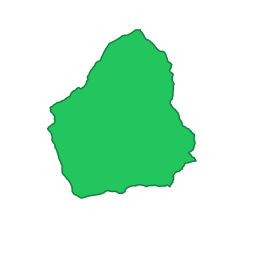 outline of Negreni, Cluj, Romania, rotated 218°
{"feature_id": "2599482B47059022989916", "entity_name": "Negreni", "entity_type": "district", "adm_level": 2, "iso_a3": "ROU", "parent_name": "Romania", "parent_adm1": "Cluj", "projection": "mercator", "projection_center": [22.749, 46.959], "detail": "fine", "context": "isolated", "style": "filled", "palette": "green", "viewbox_px": 256, "rotation_deg": 218, "n_neighbors": 0, "source": "geoboundaries", "source_scale": "gbopen_adm2", "svg_char_len": 5803}
<svg xmlns="http://www.w3.org/2000/svg" viewBox="0 0 256 256"><g transform="rotate(218 128 128)"><path d="M178.1,213.3L182.4,209.9L182.8,208.8L183.7,204.9L184.4,203.6L184.7,203.0L185.4,201.3L185.6,200.9L186.4,200.0L186.9,199.6L187.7,199.2L188.1,198.4L189.0,197.1L189.4,196.4L189.6,195.8L189.6,195.3L189.7,194.8L191.7,189.4L193.1,186.1L193.4,185.7L193.9,184.9L194.7,182.9L194.7,182.4L194.5,181.5L194.3,179.8L194.2,177.5L193.7,173.5L193.3,171.7L192.6,169.6L192.7,168.9L192.6,168.4L192.5,168.1L192.3,167.7L192.1,166.5L191.3,164.3L191.3,163.9L191.3,163.7L191.5,163.5L191.7,163.3L192.7,161.9L193.0,161.1L193.0,160.7L193.2,160.2L193.2,159.7L193.4,159.2L193.3,158.5L192.8,157.5L192.8,156.9L192.5,156.1L192.5,155.6L192.9,154.5L192.8,154.0L192.6,153.5L192.6,152.9L192.5,152.6L192.7,150.7L192.6,150.2L192.5,149.7L192.5,148.6L192.4,148.2L192.0,146.9L191.5,145.9L191.5,145.5L191.6,144.8L191.7,144.2L191.6,143.8L191.4,143.3L191.2,143.0L190.7,142.4L190.1,142.1L189.5,141.9L189.3,141.5L189.3,139.4L188.3,137.0L188.1,136.3L188.0,132.7L188.5,132.3L188.8,131.9L188.9,131.4L188.8,130.5L188.8,130.2L189.0,129.9L189.3,129.7L191.1,129.6L191.6,129.5L191.9,129.3L192.2,128.9L192.6,127.4L192.8,125.4L193.9,123.2L194.1,122.4L194.1,121.8L194.1,120.8L194.0,119.9L193.6,118.5L193.5,117.6L193.5,116.9L194.6,114.4L195.6,110.5L196.3,109.1L196.8,108.7L197.1,108.2L197.1,107.9L197.2,107.2L197.4,106.6L197.6,106.3L198.0,105.9L198.9,105.1L199.2,104.8L199.4,104.4L200.0,102.2L200.7,100.6L200.8,98.6L201.0,98.1L201.5,97.3L201.8,96.7L201.7,96.6L201.8,96.1L201.6,95.9L201.4,95.7L201.0,95.7L200.8,95.4L200.0,94.9L200.1,94.4L199.9,94.2L199.8,93.9L199.5,93.6L198.8,93.2L198.4,93.3L197.3,93.1L196.3,93.2L195.8,93.0L195.2,92.5L194.1,92.4L193.0,92.0L192.7,91.7L192.5,91.8L192.3,91.6L192.3,91.3L191.9,90.7L191.7,89.9L191.4,89.5L191.1,89.4L190.5,89.4L190.2,89.1L190.0,88.7L189.6,87.3L189.2,86.8L189.0,86.4L189.2,85.5L189.9,84.5L190.0,84.1L189.8,83.4L189.9,83.1L190.8,80.9L191.0,79.9L190.9,78.5L190.9,78.1L190.8,77.8L188.7,77.2L187.3,77.2L186.2,76.7L185.6,76.6L185.0,76.2L184.2,75.9L182.4,74.4L181.0,72.4L180.4,71.6L179.2,71.1L178.7,71.0L178.4,70.7L177.5,70.6L176.7,70.3L175.5,69.8L174.8,69.3L174.4,68.6L174.1,68.3L173.4,67.8L173.0,67.6L171.8,67.3L171.4,67.2L171.1,66.9L170.1,66.4L168.6,65.2L167.1,64.4L165.4,62.9L164.8,62.6L164.6,62.4L164.6,62.2L164.4,61.9L160.1,59.7L158.3,58.4L158.0,58.3L157.3,58.3L156.9,58.1L156.6,57.8L154.5,54.7L153.5,53.8L152.5,52.5L152.1,52.1L151.3,51.8L150.1,51.5L147.6,51.2L144.8,50.3L143.1,50.3L141.7,50.0L138.7,48.6L137.7,48.2L137.0,47.9L136.0,47.1L135.1,46.3L133.5,44.3L132.7,43.5L130.3,42.7L129.5,42.7L128.6,43.0L127.8,43.1L125.5,43.6L123.6,43.6L122.5,43.7L122.2,43.8L120.6,45.1L120.1,46.2L118.4,48.2L118.2,48.7L117.3,49.9L115.6,51.9L111.6,56.1L109.2,58.9L108.3,60.2L107.1,62.3L106.9,64.3L106.3,64.9L105.9,65.6L105.8,66.0L104.4,66.7L102.1,67.7L100.6,68.8L100.2,69.3L99.6,70.0L99.1,70.4L98.8,70.2L98.0,70.6L97.3,70.9L95.3,70.8L93.9,71.7L92.4,73.0L92.0,73.4L91.7,74.4L91.4,75.7L91.4,76.1L91.6,76.9L91.9,77.6L92.0,78.4L91.9,79.6L91.4,81.1L91.1,81.6L90.4,83.2L90.1,83.6L89.6,84.5L89.3,84.8L87.1,86.7L86.8,87.2L86.4,87.1L86.0,87.5L85.8,88.0L85.7,88.6L85.4,89.0L84.9,89.3L84.0,90.4L83.1,91.0L81.9,91.5L79.4,92.8L79.0,92.9L78.3,92.7L77.7,92.9L76.4,95.0L74.5,96.9L73.9,97.1L71.8,99.5L69.3,100.5L67.0,101.5L66.4,102.3L65.0,103.7L63.1,105.0L62.7,105.7L62.6,106.7L61.9,107.2L61.6,107.3L59.7,107.4L58.9,107.6L59.1,108.1L59.4,109.5L59.3,110.0L59.6,111.2L59.5,111.5L59.4,112.9L60.0,113.2L60.3,113.7L60.3,114.8L60.5,115.7L61.5,116.7L61.6,117.2L61.9,117.6L62.2,117.4L62.5,117.4L62.8,117.6L63.1,118.3L63.2,118.9L63.3,119.7L63.3,121.1L63.2,122.2L62.9,123.1L61.7,124.6L61.1,125.2L60.7,127.8L60.2,128.6L60.2,129.4L60.6,130.5L60.7,131.1L60.7,131.8L60.7,132.7L60.7,133.3L60.8,133.7L61.3,134.8L60.9,136.1L60.2,136.6L59.0,137.8L58.3,138.8L57.2,140.5L57.1,140.9L54.9,143.2L54.2,143.7L54.8,144.2L55.6,144.5L55.9,144.7L57.1,145.0L57.3,145.4L57.7,145.4L57.9,145.2L58.7,144.9L59.6,144.7L61.7,145.5L64.8,145.8L64.8,146.6L64.6,146.8L63.4,150.3L63.5,150.9L63.5,151.3L63.9,152.8L64.5,153.9L65.2,155.6L65.4,156.3L66.1,157.8L67.2,158.6L68.8,159.4L71.4,163.4L71.8,163.7L72.3,163.5L73.4,163.9L74.3,163.7L75.1,163.7L75.8,164.0L76.0,163.9L76.3,164.3L76.9,164.4L77.3,164.1L77.8,164.1L78.3,164.3L79.0,164.6L79.7,164.6L81.8,163.9L82.5,163.9L83.0,164.2L83.3,164.1L83.5,164.0L83.8,164.0L84.4,163.7L85.2,163.8L85.9,163.5L86.5,163.6L87.9,164.3L88.3,165.0L88.8,165.5L89.2,165.5L90.4,165.9L91.1,166.4L92.2,166.5L92.8,166.9L93.2,167.0L93.6,167.3L94.0,167.9L94.5,168.1L94.7,168.4L95.6,169.2L95.7,169.5L96.8,169.6L97.1,169.9L97.2,170.2L97.7,170.4L98.0,170.7L98.5,170.9L99.3,170.8L102.5,171.7L103.4,171.4L105.3,171.6L108.4,172.9L109.3,172.9L110.3,173.8L110.4,174.3L111.0,175.0L111.3,175.5L111.2,176.0L111.3,176.4L111.1,176.9L111.2,177.3L111.1,178.2L112.1,179.4L112.3,180.7L113.5,182.7L114.0,183.0L114.2,183.4L114.9,184.0L115.2,185.1L115.6,185.4L116.2,186.7L116.7,187.2L118.5,189.3L118.6,190.4L119.0,191.3L120.5,191.7L121.5,192.3L123.0,193.4L123.4,193.5L123.7,194.5L124.2,195.0L124.3,195.3L124.5,195.5L124.6,195.9L124.8,196.4L125.0,197.0L125.4,197.5L125.4,198.1L126.0,198.1L127.0,198.4L128.2,198.1L128.7,198.2L128.8,198.1L129.3,198.2L130.7,199.0L130.9,199.6L131.1,201.0L131.3,201.6L131.3,202.3L131.7,203.2L132.3,204.0L132.5,204.9L135.0,205.4L136.6,205.0L137.4,205.0L138.6,205.6L138.9,205.8L139.2,206.4L141.7,207.9L143.5,209.1L144.7,209.7L145.5,210.0L146.6,210.1L147.2,210.0L147.6,209.9L148.3,209.5L149.2,208.5L149.6,208.3L151.3,208.2L152.7,208.0L155.1,208.5L157.8,209.2L158.4,209.5L159.5,209.3L161.6,209.9L162.8,209.7L163.5,209.9L165.9,210.0L166.5,209.6L167.5,209.2L168.1,209.0L168.8,209.1L169.3,209.4L170.5,209.6L171.2,209.9L173.5,211.2L174.2,211.2L174.9,211.4L175.9,211.9L178.4,212.3L178.8,212.5L178.1,213.3Z" fill="#22c55e" stroke="#15803d" stroke-width="1.5"/></g></svg>